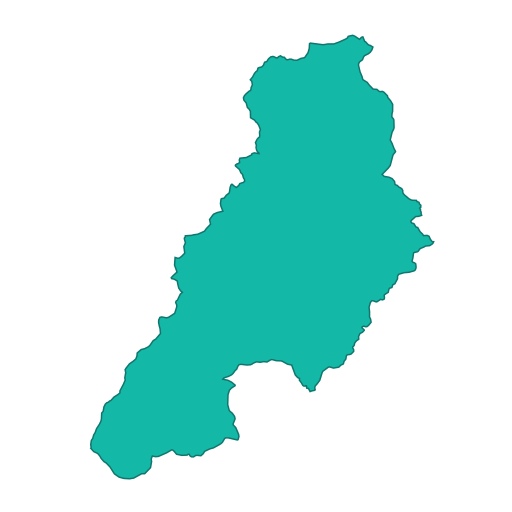 outline of Jigmichhoeling, Geylegphug, Bhutan, rotated 266°
{"feature_id": "84629894B47212795309211", "entity_name": "Jigmichhoeling", "entity_type": "district", "adm_level": 2, "iso_a3": "BTN", "parent_name": "Bhutan", "parent_adm1": "Geylegphug", "projection": "orthographic", "projection_center": [90.525, 27.083], "detail": "fine", "context": "isolated", "style": "filled", "palette": "teal", "viewbox_px": 512, "rotation_deg": 266, "n_neighbors": 0, "source": "geoboundaries", "source_scale": "gbopen_adm2", "svg_char_len": 6079}
<svg xmlns="http://www.w3.org/2000/svg" viewBox="0 0 512 512"><g transform="rotate(266 256 256)"><path d="M46.6,129.8L52.2,136.0L58.2,137.5L60.8,137.3L63.7,138.6L62.8,141.9L62.9,144.7L65.9,153.1L68.5,158.4L68.2,159.4L66.9,160.7L63.8,162.9L62.3,168.1L62.2,173.5L62.9,174.4L62.9,175.4L60.8,176.6L60.1,177.9L60.0,179.8L61.1,181.7L61.3,183.2L60.6,187.1L62.5,189.6L64.7,191.1L66.8,196.4L67.6,200.3L71.1,207.7L72.5,209.5L76.0,211.9L76.7,213.0L76.5,215.7L74.1,223.5L73.8,224.7L74.1,225.3L77.1,226.4L79.4,226.2L86.3,223.8L88.8,221.7L90.0,221.4L95.0,223.8L97.5,223.4L100.8,221.4L103.1,219.0L104.0,218.5L109.6,217.4L119.6,218.4L123.9,220.1L125.9,222.2L128.0,226.0L128.6,226.2L131.8,222.9L134.0,219.3L135.4,214.3L136.7,215.6L137.8,220.1L139.2,223.4L140.6,225.1L143.2,227.2L144.4,228.8L147.4,230.3L148.7,231.4L149.0,233.4L147.9,239.3L147.9,243.0L148.4,244.4L149.4,246.1L150.4,249.2L149.7,252.6L150.1,256.3L149.5,259.6L151.6,263.8L151.4,265.4L150.2,268.7L149.6,273.8L149.0,275.1L145.9,279.9L144.7,284.0L134.6,286.9L131.8,289.1L130.8,290.9L129.1,290.6L126.7,292.2L123.5,293.8L122.9,294.7L122.8,296.0L123.2,296.6L122.9,297.3L120.9,297.3L120.5,297.5L120.2,299.1L117.0,300.5L117.5,302.1L117.9,305.1L118.4,305.7L120.5,305.4L122.2,306.0L123.9,307.8L127.5,310.9L135.2,313.9L136.4,314.7L140.1,320.5L140.2,321.8L138.8,325.5L139.3,330.5L139.6,331.2L141.2,333.0L142.2,335.6L144.8,336.5L146.8,338.4L149.8,339.1L150.7,339.6L151.1,340.5L151.2,342.7L151.6,344.1L154.0,346.8L155.6,346.9L157.8,346.0L158.6,346.2L159.8,347.6L162.5,348.5L164.4,350.3L165.8,352.7L168.6,352.7L171.4,354.3L172.5,356.9L174.3,358.8L174.9,358.7L176.7,356.9L177.4,356.7L178.0,357.1L178.5,358.5L177.7,360.7L177.9,362.0L179.0,363.5L181.9,366.2L185.1,365.9L187.2,365.0L192.4,365.4L197.0,365.2L201.5,366.8L203.0,368.0L203.2,368.5L203.2,369.7L202.1,371.9L201.8,373.3L204.0,377.3L203.4,379.1L203.9,380.6L204.3,381.0L205.9,381.3L207.4,381.1L208.4,381.4L210.6,385.4L213.4,386.2L214.5,386.9L215.1,389.4L217.6,390.4L218.1,391.1L218.5,392.5L223.4,395.6L226.1,395.8L227.8,397.1L229.0,402.3L229.1,407.6L230.2,412.8L230.8,413.7L232.1,414.5L233.7,414.9L237.0,414.8L238.1,413.7L239.0,411.8L239.9,411.3L242.9,412.3L248.1,413.4L248.4,413.8L249.0,417.5L249.6,418.3L251.7,420.0L252.2,420.9L253.1,423.9L254.1,425.8L254.2,430.0L255.8,432.8L256.5,433.5L257.9,434.2L258.0,432.9L258.8,432.2L260.6,431.1L263.6,430.0L264.6,428.2L264.7,424.5L266.1,423.8L268.9,421.3L273.2,419.3L273.6,417.8L274.8,417.0L277.0,416.0L277.7,414.9L278.0,413.7L279.6,412.8L280.6,413.4L284.2,418.0L284.2,420.9L285.0,424.1L287.1,423.6L288.2,423.8L289.9,423.2L290.6,423.4L292.3,422.6L292.9,423.1L292.9,423.7L295.1,424.0L296.2,422.9L298.2,422.3L299.1,420.4L300.3,419.9L300.8,415.2L302.4,412.6L306.6,408.3L308.0,407.3L309.4,406.8L311.1,407.0L312.7,406.3L313.8,405.1L314.6,403.6L316.6,401.8L317.3,400.1L317.7,399.7L320.7,399.4L323.7,397.2L325.3,394.2L326.5,389.4L328.6,387.5L334.5,394.1L336.9,396.2L346.9,399.6L348.2,400.5L349.7,402.0L350.6,402.5L353.5,401.2L359.1,399.5L362.4,398.0L370.0,400.4L373.2,402.3L374.7,402.7L382.1,403.0L383.1,402.7L385.3,401.2L388.4,401.6L390.9,402.4L397.8,402.9L401.6,401.0L405.0,398.5L406.7,398.3L410.6,394.9L411.4,393.5L411.3,391.4L411.6,390.4L413.8,388.2L414.3,384.5L418.7,380.8L421.4,379.1L424.5,374.9L427.6,374.3L432.6,372.6L438.9,371.6L440.4,371.7L442.3,372.7L444.3,375.9L447.1,377.2L448.3,378.3L449.9,382.2L451.4,384.3L453.5,386.0L456.3,387.2L458.1,384.7L458.5,383.4L459.4,382.3L462.0,380.3L462.5,379.4L467.1,377.9L467.1,377.3L466.6,376.2L464.9,374.4L468.4,369.9L469.4,367.9L468.8,363.8L468.6,363.2L467.2,362.5L466.1,360.5L463.5,353.4L462.1,348.4L462.5,342.4L462.1,338.4L462.3,336.5L464.6,325.0L464.1,324.2L459.4,323.6L455.2,322.1L450.8,318.6L450.4,318.1L450.0,314.6L448.4,310.6L448.7,307.6L449.9,304.9L450.0,303.3L449.6,301.5L449.8,300.0L452.3,298.1L452.5,296.4L454.0,294.4L453.2,292.3L452.2,291.3L452.3,289.7L453.1,288.7L453.9,286.8L453.6,284.6L451.9,282.3L449.2,280.3L448.7,278.1L445.6,276.6L444.1,274.7L443.8,272.2L443.2,271.0L440.8,270.2L439.8,268.7L438.2,267.2L434.8,265.1L432.2,262.6L430.5,264.0L426.9,264.3L424.4,262.9L422.3,262.5L421.6,262.2L420.7,260.3L418.2,257.1L416.7,255.6L414.7,254.5L412.3,254.8L409.4,256.9L404.7,257.8L403.1,259.3L400.7,260.5L394.3,260.2L391.7,264.0L389.5,265.4L388.6,266.5L386.1,267.9L381.8,269.2L379.3,268.1L375.8,268.1L374.4,267.8L373.9,266.8L372.4,265.3L369.2,263.4L366.5,264.1L364.2,263.6L361.6,264.0L360.0,264.7L358.5,266.1L357.9,266.2L359.0,261.5L358.4,259.1L357.2,258.7L354.9,253.2L354.7,246.8L352.9,246.0L350.5,246.2L349.4,244.7L349.2,243.5L348.5,242.2L347.9,241.7L347.1,241.9L343.4,245.6L340.1,246.7L338.4,248.2L335.0,248.9L333.2,249.8L331.4,249.9L330.3,248.6L329.4,244.9L327.6,243.7L325.7,241.2L327.3,239.0L329.2,237.2L329.2,236.6L328.6,236.0L326.3,235.0L321.8,234.0L320.6,233.5L318.7,230.6L315.9,228.2L315.7,225.9L315.2,225.1L310.9,224.2L308.1,224.5L303.0,226.1L302.1,220.6L300.9,217.0L300.0,215.9L295.6,212.2L290.9,212.9L286.8,208.4L284.3,206.3L281.8,199.5L281.5,195.4L281.1,193.3L281.1,186.9L279.8,186.7L279.1,185.9L278.2,185.7L274.1,186.5L270.5,184.7L263.8,185.1L260.8,181.7L259.3,179.4L259.2,177.7L260.2,175.2L252.6,174.1L245.5,176.1L241.8,171.5L240.2,169.9L239.3,170.3L238.6,172.8L236.6,175.7L233.5,176.0L229.4,176.7L226.4,178.4L224.9,180.0L223.2,177.8L217.4,174.5L216.6,173.2L215.2,172.6L212.8,173.5L210.8,173.4L204.5,170.9L200.9,164.4L200.6,162.3L201.8,157.7L201.5,155.9L199.0,154.5L196.6,154.2L192.5,154.7L190.3,155.2L185.3,155.3L180.1,150.2L178.8,147.6L174.3,144.0L172.9,142.2L171.3,138.4L170.7,134.9L167.5,130.7L164.7,130.3L161.7,129.0L159.6,126.2L157.3,122.3L153.1,118.5L151.7,117.5L148.8,117.9L143.5,116.6L141.4,116.9L137.3,114.8L131.0,110.9L128.9,110.7L127.3,108.4L125.2,104.5L122.0,101.2L121.5,99.7L120.4,98.5L120.0,96.9L118.8,95.4L116.1,93.8L111.7,92.7L110.1,91.1L104.6,90.5L102.3,89.9L99.1,88.1L94.9,84.9L91.0,83.2L88.8,81.6L85.4,80.4L83.5,78.9L79.5,78.0L75.9,78.2L75.7,77.8L72.2,80.5L70.3,83.9L69.3,84.9L67.1,86.4L64.9,87.4L61.5,90.0L59.9,92.2L55.8,95.6L48.5,99.6L44.9,104.1L43.3,108.8L42.6,114.4L43.0,118.5L46.8,126.8L46.6,129.8Z" fill="#14b8a6" stroke="#0f766e" stroke-width="1.5"/></g></svg>